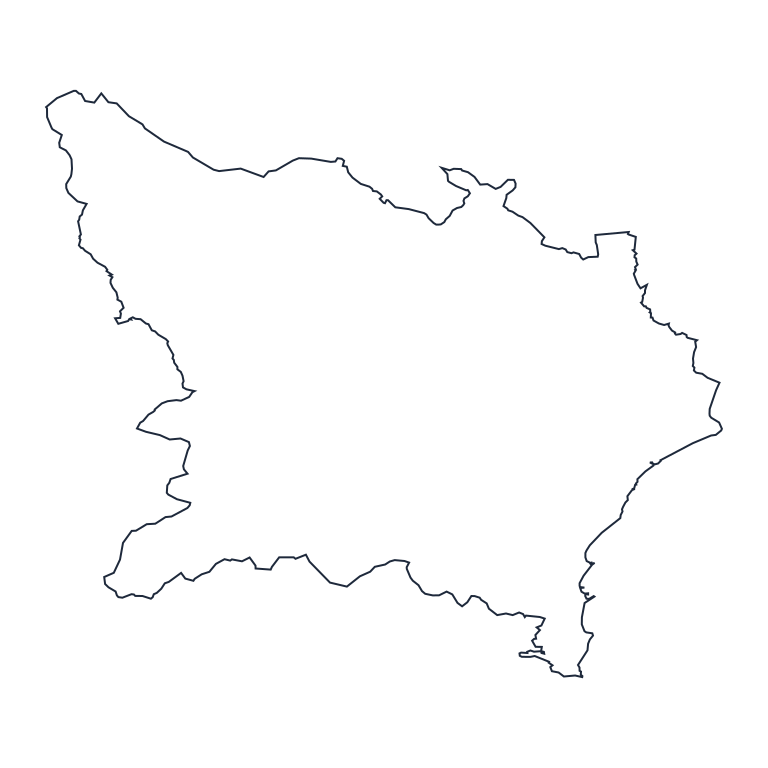 Arklow Lea-6, Wicklow, Ireland (Natural Earth projection)
{"feature_id": "5873133B66309830606527", "entity_name": "Arklow Lea-6", "entity_type": "district", "adm_level": 2, "iso_a3": "IRL", "parent_name": "Ireland", "parent_adm1": "Wicklow", "projection": "natural_earth1", "projection_center": [-6.256, 52.881], "detail": "fine", "context": "isolated", "style": "outline", "palette": "slate", "viewbox_px": 768, "rotation_deg": 0, "n_neighbors": 0, "source": "geoboundaries", "source_scale": "gbopen_adm2", "svg_char_len": 6077}
<svg xmlns="http://www.w3.org/2000/svg" viewBox="0 0 768 768"><path d="M101.3,93.4L94.3,102.6L85.1,101.0L81.3,94.0L78.9,93.5L76.0,90.9L73.7,90.9L57.0,98.1L46.1,107.1L47.0,108.3L47.1,117.1L51.5,127.6L52.4,129.2L61.8,135.0L59.2,142.8L59.8,147.3L65.9,150.4L69.6,155.2L71.5,159.3L72.0,168.7L71.4,174.1L70.8,176.6L66.2,184.1L66.3,188.1L68.4,192.9L77.5,201.4L86.6,203.9L82.9,210.3L82.0,214.6L79.7,216.5L79.2,219.7L78.1,221.3L80.9,234.5L79.4,236.3L79.9,237.0L79.4,238.3L80.5,239.6L78.9,245.3L81.1,247.9L82.8,248.2L85.1,250.8L90.7,254.3L93.1,258.7L97.5,262.7L105.1,266.8L107.3,269.8L106.5,271.1L111.8,274.6L109.5,275.5L112.4,277.2L110.7,279.8L110.5,282.9L112.8,287.8L116.4,292.3L117.7,297.7L117.4,299.6L121.3,301.7L123.6,307.8L120.0,311.3L120.9,313.6L120.2,317.9L115.1,318.3L118.3,323.8L128.1,321.0L129.2,319.2L131.1,319.5L130.4,318.5L132.8,317.3L135.5,318.8L140.6,319.2L145.9,323.5L148.5,324.2L151.8,330.3L155.1,331.4L158.3,334.7L165.8,339.1L168.1,341.5L167.3,343.2L167.8,345.2L173.4,354.9L172.5,358.5L173.8,359.9L174.2,362.7L177.4,366.9L177.4,369.3L180.8,371.9L182.5,375.7L183.6,381.2L182.5,383.6L183.0,387.4L186.4,389.3L194.5,391.1L192.4,392.2L189.2,396.9L181.0,400.7L176.4,400.1L167.6,401.2L161.8,403.4L154.7,409.5L154.8,410.5L153.2,411.9L148.5,414.6L143.1,421.0L140.2,422.7L137.0,428.5L146.0,431.8L159.9,435.1L169.7,439.5L180.5,438.5L188.9,442.1L189.9,446.0L187.7,450.5L183.2,466.0L183.9,469.3L187.5,473.7L170.6,479.0L169.3,482.8L167.3,485.4L166.8,492.8L168.3,494.6L176.9,499.2L190.3,502.8L189.7,505.3L187.4,508.0L171.5,516.5L165.5,517.1L155.3,523.7L146.7,524.2L136.0,530.7L131.7,530.9L123.0,542.9L120.0,559.6L113.8,572.8L104.2,577.0L105.1,584.0L108.5,587.3L115.6,591.5L116.9,595.4L118.4,597.1L122.4,597.7L131.5,594.2L133.9,594.5L135.2,595.9L142.5,596.0L150.9,598.7L152.7,597.2L153.8,594.2L156.8,592.9L161.3,588.7L164.8,583.3L168.8,581.9L181.1,572.9L185.3,578.6L193.4,580.8L194.7,578.8L201.7,574.3L209.4,571.8L215.9,563.9L224.5,559.2L230.2,560.6L231.9,559.4L242.0,561.3L249.6,557.5L255.5,565.6L255.6,568.5L270.7,569.6L271.9,566.9L279.2,557.3L293.7,557.3L295.5,558.8L305.9,554.7L309.5,561.6L330.0,582.6L346.9,586.6L359.9,576.3L370.2,571.7L374.8,566.8L385.2,564.5L389.8,561.5L394.7,560.1L404.5,561.0L409.1,562.6L406.7,567.2L406.8,568.9L410.5,577.6L412.8,580.7L418.5,585.2L422.0,591.1L425.2,593.8L432.8,595.4L439.1,595.3L446.6,591.6L452.3,594.4L457.5,602.9L462.1,606.3L467.3,602.3L471.4,596.0L474.7,596.1L479.7,597.7L481.1,599.8L486.7,603.4L488.9,608.7L497.2,615.1L506.0,613.5L512.7,615.1L519.1,612.5L523.1,614.1L524.8,617.1L526.0,615.6L539.8,617.0L544.7,618.6L541.4,625.5L536.7,627.4L539.9,630.1L535.4,635.0L536.1,638.7L534.1,638.9L532.1,640.7L535.6,646.8L541.8,646.9L541.1,651.1L543.9,651.9L544.2,653.7L541.5,653.0L541.0,651.2L534.0,651.7L530.4,650.5L527.2,651.8L527.4,653.0L521.1,652.6L519.5,653.4L519.8,655.8L521.8,656.8L530.3,656.9L534.7,656.0L549.1,661.8L548.7,662.7L552.5,665.3L550.3,667.1L551.9,671.2L558.6,672.5L563.9,676.5L575.1,675.5L582.2,677.1L582.4,676.1L580.8,674.7L581.0,671.6L579.6,670.8L579.5,667.5L578.0,665.0L587.5,650.3L588.1,643.7L589.9,639.4L593.0,635.6L592.3,633.3L586.3,632.4L584.5,631.2L581.8,624.4L581.9,617.3L584.6,603.0L594.4,596.6L593.7,596.1L589.1,598.9L586.5,598.7L585.2,596.0L585.4,594.2L588.1,594.5L588.1,593.3L584.7,593.6L581.5,591.7L580.2,588.0L584.4,587.6L580.3,587.1L579.6,586.0L579.6,583.2L583.6,575.7L592.1,564.7L594.6,562.9L590.8,564.2L590.2,563.4L592.5,562.3L590.4,562.9L586.7,561.1L585.4,557.4L585.4,553.0L586.5,550.5L589.8,545.3L601.7,532.8L620.3,518.1L620.7,515.0L622.5,511.5L622.0,509.3L623.1,506.8L625.4,502.5L627.8,500.1L627.4,496.2L632.0,490.1L633.7,489.4L633.1,488.8L634.2,488.4L635.1,484.9L636.3,484.6L635.9,483.5L637.5,481.8L637.4,479.2L645.4,471.4L653.5,465.5L653.7,464.3L649.9,462.5L652.2,462.4L652.9,463.8L655.0,464.3L658.1,463.5L660.8,460.8L660.5,460.2L692.8,443.2L711.1,435.5L715.8,434.9L721.2,430.5L721.9,428.8L719.1,422.5L711.2,417.7L709.7,415.7L709.5,413.7L709.7,408.9L716.1,390.2L719.5,382.7L707.6,377.8L702.3,373.8L696.2,372.7L693.9,370.5L694.4,367.6L692.8,366.0L693.4,363.0L693.0,358.6L694.1,352.1L696.1,347.1L695.2,341.7L697.0,340.2L687.6,337.8L686.7,337.0L686.5,335.0L682.1,332.9L680.6,334.0L676.0,334.7L674.9,333.5L675.2,332.5L672.0,330.6L669.3,327.1L668.5,325.3L668.9,323.6L664.1,325.0L658.9,323.5L653.5,320.5L652.5,317.6L650.8,317.5L651.0,313.2L649.7,312.4L650.3,311.8L650.1,309.4L646.6,307.9L645.8,306.3L644.1,306.3L641.0,302.6L642.2,301.9L643.0,297.7L642.6,296.1L645.0,293.0L645.0,290.3L646.9,284.8L640.5,288.3L637.5,283.8L634.2,275.1L633.8,273.7L635.5,270.8L635.1,270.0L635.9,269.7L635.0,267.1L637.6,264.6L636.3,261.6L636.2,258.5L634.5,257.3L634.7,255.2L636.5,253.6L632.8,250.2L634.5,249.6L635.8,236.9L628.6,234.5L627.9,234.0L628.7,232.0L595.4,235.0L595.7,242.4L596.8,245.0L598.2,254.4L597.7,256.7L588.3,257.1L583.2,259.5L581.1,257.6L579.2,254.0L573.5,252.4L571.5,253.2L567.3,252.1L565.7,249.5L562.3,248.1L558.9,249.1L545.3,245.7L541.6,244.0L541.9,241.1L544.4,237.3L530.4,223.0L522.5,217.1L518.3,215.6L512.5,211.7L508.2,210.3L507.4,208.7L503.5,206.1L506.3,198.1L506.6,194.8L512.7,190.4L515.4,187.3L515.6,183.6L514.0,179.9L507.9,179.8L500.6,186.9L495.7,188.9L487.5,184.1L480.2,184.6L474.5,176.9L468.0,172.2L462.1,170.5L461.2,169.1L453.7,168.8L449.7,170.3L441.6,167.8L447.4,174.1L448.0,180.8L449.0,181.8L456.0,186.0L466.2,190.3L467.8,190.0L469.9,193.3L467.8,196.3L464.4,198.4L463.5,200.9L464.3,203.4L463.2,205.2L461.3,207.0L457.0,208.0L452.6,210.5L449.7,215.9L445.8,219.3L444.3,222.1L440.8,224.4L438.7,224.6L436.2,224.6L433.6,223.0L428.6,218.2L426.5,214.6L424.1,213.1L408.8,209.1L395.3,207.3L388.0,200.2L386.5,200.2L385.0,203.2L383.6,202.8L379.7,198.8L382.2,196.4L380.9,194.5L376.8,191.4L373.0,191.0L372.1,188.8L369.5,186.7L360.8,183.9L352.5,177.6L348.2,172.3L346.8,166.7L342.8,165.9L344.1,160.8L341.7,158.8L337.5,158.2L335.4,161.5L330.8,161.9L311.2,158.6L298.9,158.2L292.8,160.6L275.9,170.4L268.6,171.4L263.6,177.0L240.7,168.6L219.1,171.1L213.6,169.7L192.9,157.5L188.1,151.9L164.0,141.6L144.9,128.4L142.5,124.4L128.9,116.2L116.7,103.4L108.4,102.2L101.3,93.4Z" fill="none" stroke="#1e293b" stroke-width="2"/></svg>